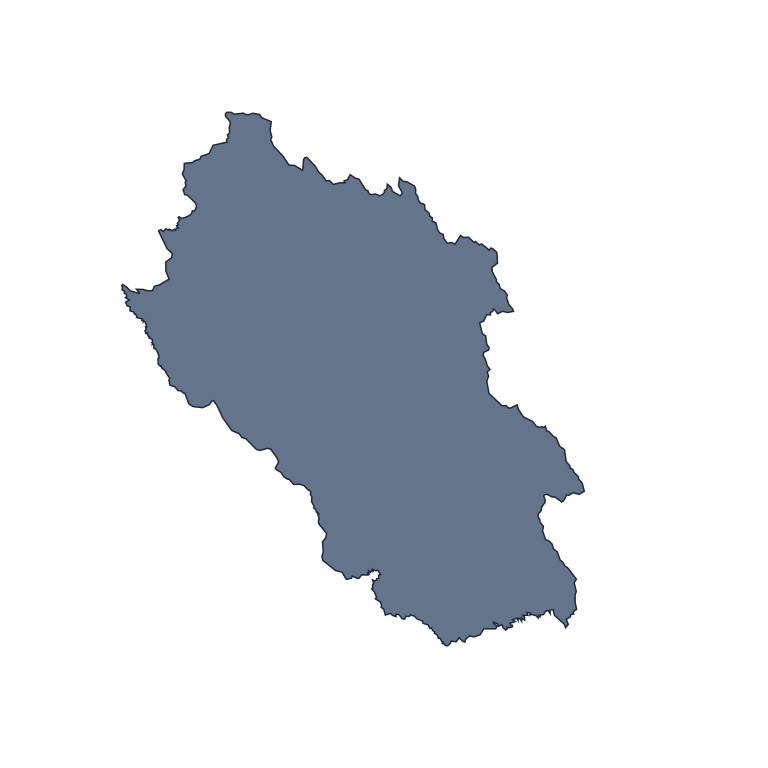 the district of Tha Sae, Chumphon, Thailand, rotated 131°
{"feature_id": "78962969B56380938562562", "entity_name": "Tha Sae", "entity_type": "district", "adm_level": 2, "iso_a3": "THA", "parent_name": "Thailand", "parent_adm1": "Chumphon", "projection": "equal_earth", "projection_center": [99.144, 10.785], "detail": "fine", "context": "isolated", "style": "filled", "palette": "slate", "viewbox_px": 768, "rotation_deg": 131, "n_neighbors": 0, "source": "geoboundaries", "source_scale": "gbopen_adm2", "svg_char_len": 6160}
<svg xmlns="http://www.w3.org/2000/svg" viewBox="0 0 768 768"><g transform="rotate(131 384 384)"><path d="M448.8,87.1L444.6,87.2L441.9,92.1L437.6,90.6L435.4,91.8L433.1,89.9L431.9,91.8L427.7,90.8L423.6,96.3L417.3,101.8L414.6,102.6L409.2,110.1L405.1,110.7L402.2,125.0L402.7,127.8L401.2,132.2L401.2,135.8L397.0,143.0L397.2,148.1L394.6,151.9L394.2,156.9L395.5,159.8L390.8,168.0L386.9,170.2L385.9,175.7L384.2,177.3L382.9,181.0L380.4,182.4L376.6,182.3L373.7,184.2L367.8,184.8L365.7,186.3L363.8,190.0L362.3,190.3L360.4,188.7L358.9,182.8L357.2,181.3L356.4,172.4L354.4,171.8L347.8,173.3L346.5,171.3L342.2,170.2L339.1,164.2L333.5,162.5L328.8,169.4L328.0,174.8L326.4,176.7L326.1,182.5L324.6,185.3L325.4,188.5L323.8,190.0L323.0,195.6L315.1,204.8L315.7,210.6L311.7,218.7L312.4,221.7L311.7,228.4L312.6,230.6L310.0,234.5L312.1,235.0L312.8,237.1L314.8,238.1L315.9,241.2L314.8,247.4L317.4,257.2L315.1,265.7L312.4,269.8L319.6,273.0L320.6,275.0L320.1,277.5L323.0,280.6L322.2,298.7L314.3,308.4L309.5,310.2L307.2,314.0L303.4,313.6L302.5,318.0L298.7,323.9L297.5,327.8L294.8,329.6L289.6,327.3L287.8,328.3L286.4,332.8L280.9,338.9L281.6,341.5L281.0,343.5L275.1,352.0L271.2,350.0L264.3,351.9L262.0,349.0L260.4,350.4L257.5,349.6L255.7,350.7L255.2,348.9L256.5,344.4L251.3,342.2L248.9,337.6L244.2,333.9L242.9,336.4L242.3,341.7L238.4,348.2L236.1,349.1L234.7,354.0L235.7,358.9L233.3,362.3L233.1,366.4L231.4,367.8L228.2,376.1L225.0,379.1L218.3,377.6L210.6,385.2L210.5,390.2L211.3,392.6L213.9,392.3L214.2,402.2L216.4,403.4L216.5,408.6L218.1,408.8L217.8,416.7L221.4,420.2L221.6,423.7L231.7,422.1L233.0,425.8L236.3,428.7L234.7,434.7L232.3,437.4L233.5,441.0L232.5,444.5L228.4,450.4L229.3,454.5L226.8,456.5L227.3,459.4L225.3,462.5L225.6,467.4L222.0,471.1L223.5,475.4L222.9,478.3L220.2,481.9L219.4,485.4L216.6,487.4L214.6,490.6L216.3,499.3L218.5,502.6L218.2,507.5L224.8,503.2L227.8,495.4L231.4,495.2L233.1,503.8L230.9,507.8L231.0,512.6L234.7,510.0L237.8,510.6L239.3,509.3L241.9,509.4L244.7,510.6L246.2,515.2L249.9,518.2L249.9,521.1L248.7,522.9L249.5,525.3L245.8,537.1L247.5,540.8L248.2,546.9L253.7,545.6L257.1,547.4L257.9,545.5L261.2,549.4L266.6,553.2L266.3,558.7L268.7,560.9L266.9,568.0L266.9,572.5L264.7,578.8L263.6,591.1L265.3,592.3L267.4,591.9L276.1,585.6L277.8,595.0L281.2,599.4L278.4,609.2L276.9,623.5L273.8,630.0L271.2,630.7L267.3,636.3L260.0,641.2L263.2,650.8L262.3,654.7L263.3,656.7L265.9,660.8L269.4,662.7L271.6,665.6L271.8,667.8L278.8,674.2L279.1,677.4L282.0,680.8L284.2,680.9L285.8,679.3L287.0,672.4L289.3,670.2L291.5,669.5L295.9,665.1L298.7,665.6L300.1,663.1L302.8,663.1L304.5,661.2L315.9,669.6L324.8,667.2L332.2,671.4L335.3,670.5L339.7,673.4L342.4,673.7L348.5,679.5L353.1,675.7L357.8,674.0L360.3,666.8L362.2,666.3L364.5,663.4L369.2,663.1L371.8,658.7L370.5,656.4L371.0,645.8L372.5,642.3L376.1,640.7L378.5,640.9L379.0,642.3L382.2,640.9L385.9,642.0L389.7,643.8L391.9,645.9L392.2,648.4L393.3,648.6L394.5,645.8L398.6,645.1L399.0,643.6L400.6,644.4L401.3,641.7L402.7,643.0L404.8,642.0L404.9,643.9L407.3,644.3L408.0,647.6L409.0,647.3L410.0,650.5L413.6,650.6L414.1,653.9L416.4,654.6L424.2,636.4L424.4,629.3L428.0,627.2L435.0,628.7L441.9,622.7L445.8,615.0L456.7,618.6L460.9,621.4L465.4,620.0L468.5,623.1L470.7,627.9L474.9,633.0L475.4,628.8L476.2,628.2L480.2,636.5L479.7,642.0L480.4,646.5L481.9,646.5L482.7,644.6L484.8,643.6L484.2,640.4L485.7,639.8L485.4,637.2L487.1,635.4L488.4,635.9L487.7,631.3L491.8,632.7L493.5,629.1L492.4,626.0L495.5,623.7L493.8,620.1L495.0,618.2L494.3,617.6L495.2,614.6L496.1,614.3L493.6,609.6L494.9,608.4L493.7,607.5L495.0,606.4L494.2,606.4L494.0,604.6L496.6,600.5L497.2,601.4L499.3,599.1L500.8,599.2L501.6,597.4L500.9,596.6L502.0,596.7L501.3,595.4L502.5,593.8L502.1,592.1L503.4,591.8L502.4,588.2L504.0,586.3L505.1,586.5L505.2,584.8L506.4,584.7L505.2,583.7L508.1,581.1L507.3,578.7L509.3,574.3L511.8,571.0L513.1,571.3L517.2,567.3L517.3,564.1L516.5,564.0L517.8,561.9L517.5,557.0L518.4,556.3L520.4,549.3L522.4,548.7L525.4,544.6L523.3,540.2L524.1,535.1L522.3,532.5L522.5,529.5L521.6,528.2L527.1,518.1L526.3,513.3L520.8,505.3L513.9,502.2L509.7,502.8L508.4,501.7L510.0,495.2L515.3,483.7L519.0,468.3L516.5,460.6L517.6,456.3L515.9,452.1L517.1,437.3L515.4,433.9L509.3,430.0L507.5,427.1L509.7,416.9L512.0,412.3L518.8,410.9L519.3,409.0L518.3,403.9L519.7,398.6L519.1,394.5L518.1,392.9L519.1,386.3L514.9,381.9L513.1,377.3L513.8,372.6L513.2,369.8L513.7,368.2L515.6,367.3L516.5,364.4L520.4,361.3L522.1,356.7L523.9,355.3L523.4,353.4L525.0,351.2L524.3,350.0L524.8,348.2L525.4,349.1L527.6,345.3L531.2,343.0L532.4,341.0L534.5,329.1L538.7,327.0L543.4,326.9L550.5,319.8L554.9,317.7L557.3,314.4L556.6,298.3L553.5,292.2L556.2,284.3L551.9,281.1L549.9,282.1L548.1,276.4L546.9,275.4L542.9,275.7L538.6,270.7L537.9,271.6L537.3,270.7L536.9,272.4L535.6,271.0L535.0,272.4L534.8,270.7L531.6,271.3L532.7,269.4L530.7,269.6L530.2,267.5L528.5,266.6L530.1,261.6L531.8,262.6L534.3,260.4L535.6,261.7L537.4,261.1L538.9,262.1L539.3,264.1L541.6,260.8L543.2,260.8L545.1,258.7L546.5,259.1L547.5,254.2L549.9,249.7L551.8,249.6L550.9,243.9L552.5,240.8L554.5,239.6L554.0,236.7L557.5,231.4L552.8,228.5L553.1,225.9L551.6,222.3L549.9,223.7L549.0,222.8L548.2,221.0L549.3,216.5L548.6,215.1L547.8,214.2L545.0,215.1L542.8,212.5L540.7,212.3L539.2,208.5L539.7,205.3L537.6,199.0L539.0,197.4L536.9,193.0L538.4,188.9L536.9,188.0L538.1,185.7L537.9,182.9L539.1,182.4L538.4,179.4L540.2,176.1L539.1,174.7L540.4,171.6L539.8,170.5L540.6,169.4L542.1,170.3L540.5,167.9L541.1,166.2L539.9,164.3L536.2,163.8L533.9,164.8L531.3,160.4L526.2,160.8L526.6,156.2L525.7,153.6L523.1,154.9L518.2,154.3L515.9,150.3L510.1,146.9L503.4,148.1L495.5,139.1L492.7,140.0L492.8,144.2L491.7,145.1L490.5,140.2L492.0,138.8L488.3,137.0L489.8,134.2L489.9,130.8L487.8,130.4L486.9,131.6L485.7,129.4L482.7,127.8L481.9,129.1L483.0,130.3L482.0,131.9L477.2,129.0L477.6,132.4L473.8,130.1L474.4,127.7L473.1,129.0L472.0,128.2L472.8,124.4L470.3,126.7L469.9,123.0L467.9,124.9L467.5,127.3L464.1,123.7L462.7,126.2L460.8,123.2L462.7,122.2L461.4,121.9L459.1,117.5L459.5,114.2L457.4,115.5L457.3,113.5L456.0,114.6L453.5,112.5L449.2,112.9L447.3,111.2L448.2,108.1L445.6,110.4L443.3,108.2L446.7,103.7L447.0,90.0L448.8,87.1Z" fill="#64748b" stroke="#1e293b" stroke-width="1.5"/></g></svg>